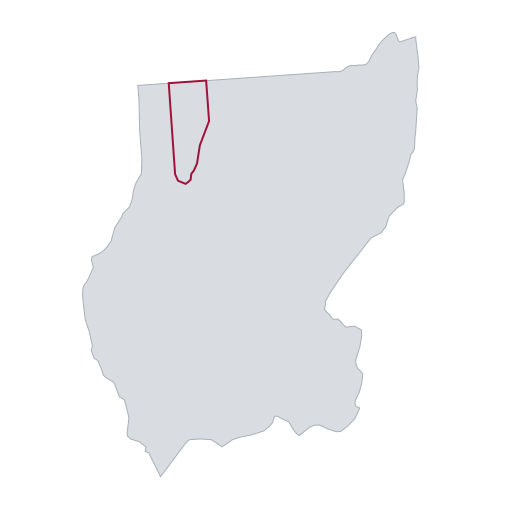 where Buvuma sits in Uganda, rotated 176°
{"feature_id": "UGA-5598", "entity_name": "Buvuma", "entity_type": "District", "adm_level": 1, "iso_a3": "UGA", "parent_name": "Uganda", "parent_adm1": "", "projection": "natural_earth1", "projection_center": [33.174, -0.326], "detail": "fine", "context": "in_parent", "style": "outline", "palette": "rose", "viewbox_px": 512, "rotation_deg": 176, "n_neighbors": 0, "source": "natural_earth", "source_scale": "10m", "svg_char_len": 2556}
<svg xmlns="http://www.w3.org/2000/svg" viewBox="0 0 512 512"><g transform="rotate(176 256 256)"><path d="M362.0,434.4L354.9,434.4L343.3,434.4L331.8,434.4L320.3,434.4L308.7,434.4L297.2,434.4L285.7,434.4L274.1,434.4L262.6,434.4L251.1,434.4L239.5,434.4L228.0,434.4L216.5,434.4L205.0,434.4L193.4,434.4L181.9,434.4L170.3,434.4L163.5,434.4L162.2,434.2L161.2,433.9L156.9,434.8L152.4,438.1L147.6,439.5L142.5,439.0L141.8,439.3L139.2,439.2L135.5,439.0L132.1,439.9L129.5,442.8L126.9,447.7L122.2,453.4L118.5,458.4L115.3,461.9L108.1,467.8L104.2,469.5L102.3,469.3L101.1,468.2L98.8,460.7L97.4,459.5L83.4,463.3L81.3,463.4L81.5,461.0L80.5,443.4L80.3,432.6L82.1,425.8L83.2,418.0L83.3,411.1L85.9,399.4L84.9,392.4L88.2,367.7L89.1,363.7L90.4,351.8L92.5,348.2L94.3,346.7L96.7,339.4L101.3,327.8L104.5,321.8L103.8,308.6L104.3,299.7L105.0,297.7L111.8,294.4L120.6,286.2L124.3,276.5L129.6,270.3L139.7,266.2L139.8,266.2L169.9,232.9L183.9,215.0L190.0,205.8L190.2,202.5L191.4,198.1L189.0,194.7L186.0,191.7L185.1,188.8L182.6,187.4L179.0,187.5L176.6,185.4L173.9,181.4L171.2,178.8L162.6,179.1L156.0,174.9L156.1,169.3L158.7,158.2L163.7,145.5L164.0,142.0L163.3,139.0L162.1,136.5L159.8,134.0L157.7,130.9L159.4,121.8L162.5,112.8L165.1,108.4L167.6,103.4L166.9,99.2L163.2,97.2L165.1,93.2L169.1,86.5L176.8,79.6L183.6,75.1L188.1,75.1L196.9,78.7L204.8,83.0L209.2,83.2L214.5,81.4L225.4,73.8L228.1,76.2L231.3,80.8L234.8,88.4L241.7,91.9L245.0,94.3L247.3,95.0L248.7,94.4L251.3,88.4L254.4,85.2L260.3,81.0L273.2,77.8L282.4,76.8L286.3,76.0L292.9,74.1L303.2,68.0L313.4,75.9L324.4,77.4L335.1,77.4L338.4,75.0L340.2,73.1L351.4,60.1L366.6,42.5L376.8,67.3L380.2,68.8L379.8,70.9L378.9,73.0L385.5,79.0L393.7,82.1L396.6,85.2L396.9,88.5L394.1,103.1L394.6,107.2L397.3,121.8L402.1,125.0L406.4,139.7L415.1,145.9L416.4,147.7L418.4,154.8L421.0,162.6L423.1,164.4L424.4,164.9L427.0,173.1L425.5,177.7L427.5,191.8L430.8,204.4L431.6,219.5L431.7,226.1L431.6,230.2L430.9,235.9L429.3,239.2L426.5,242.4L423.4,247.5L420.8,252.9L419.1,255.6L420.4,263.7L420.0,265.8L419.3,266.9L415.4,268.1L410.3,270.3L407.3,272.4L403.0,276.5L399.5,281.0L394.9,294.1L387.2,304.3L385.9,307.7L378.7,313.8L375.5,321.3L373.5,330.5L370.7,337.1L364.6,346.2L363.1,360.5L363.3,389.1L361.8,421.6L362.0,434.4Z" fill="#d9dde1" stroke="#a8b0b8" stroke-width="1"/><path d="M331.0,434.5L321.1,434.5L309.2,434.5L297.3,434.5L293.5,434.5L293.4,393.9L304.3,370.3L308.4,352.4L312.0,345.6L314.7,342.6L315.4,339.5L315.8,336.8L318.0,334.9L321.1,332.9L322.5,333.5L328.5,336.5L331.0,343.2L331.0,434.5L331.0,434.5Z" fill="none" stroke="#9f1239" stroke-width="2"/></g></svg>